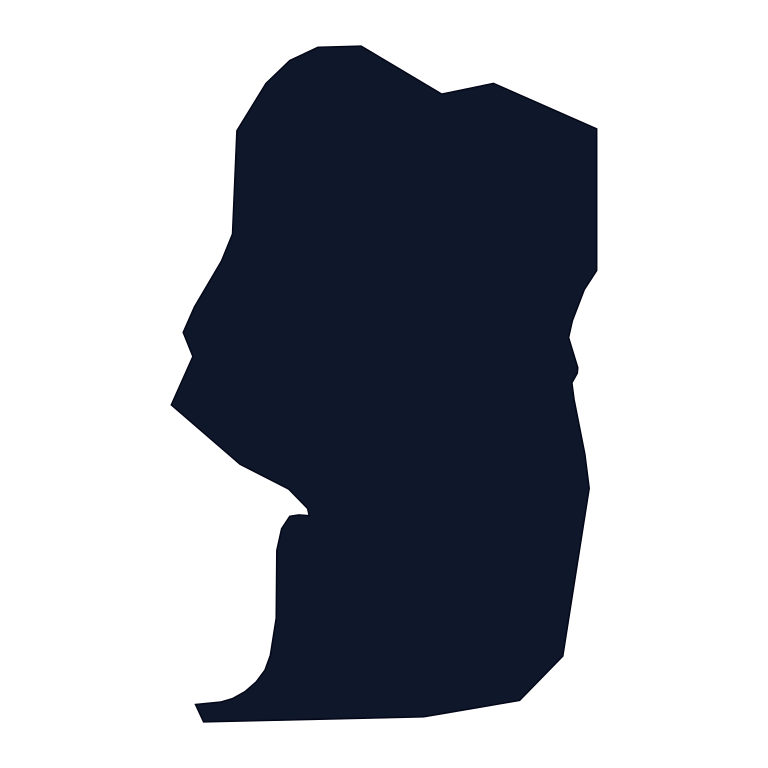 Žalec, Natural Earth projection
{"feature_id": "SVN-224", "entity_name": "Žalec", "entity_type": "Statistical Region", "adm_level": 1, "iso_a3": "SVN", "parent_name": "Slovenia", "parent_adm1": "", "projection": "natural_earth1", "projection_center": [15.16, 46.26], "detail": "fine", "context": "isolated", "style": "filled", "palette": "ink", "viewbox_px": 768, "rotation_deg": 0, "n_neighbors": 0, "source": "natural_earth", "source_scale": "10m", "svg_char_len": 666}
<svg xmlns="http://www.w3.org/2000/svg" viewBox="0 0 768 768"><path d="M596.7,128.9L596.7,270.5L584.3,289.6L572.4,320.7L568.6,337.6L577.8,367.7L577.3,373.2L571.9,382.8L574.1,399.6L584.9,454.3L589.2,488.3L562.8,656.1L519.6,700.4L423.7,716.8L203.6,721.9L195.5,704.5L220.9,702.0L232.5,698.6L244.9,691.7L256.2,681.9L264.9,670.2L270.3,655.5L276.2,618.1L276.8,550.4L281.6,528.7L289.8,516.3L298.9,514.9L309.2,515.7L307.6,508.5L288.7,489.1L240.1,464.3L171.3,404.9L192.9,356.5L183.2,332.4L194.5,306.8L221.5,261.0L232.5,234.0L236.9,130.7L266.0,83.4L289.8,60.5L317.9,47.3L361.1,46.1L441.7,94.1L493.5,83.4L596.7,128.9Z" fill="#0f172a" stroke="#020617" stroke-width="1.5"/></svg>